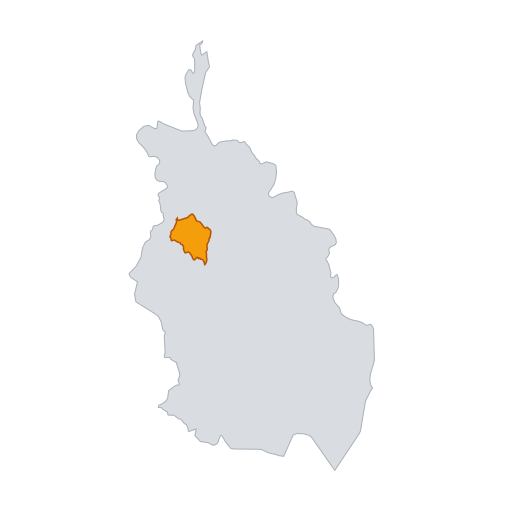 location of Samangan within Afghanistan, rotated 285°
{"feature_id": "AFG-1773", "entity_name": "Samangan", "entity_type": "Province", "adm_level": 1, "iso_a3": "AFG", "parent_name": "Afghanistan", "parent_adm1": "", "projection": "robinson", "projection_center": [67.514, 36.0], "detail": "fine", "context": "in_parent", "style": "filled", "palette": "amber", "viewbox_px": 512, "rotation_deg": 285, "n_neighbors": 0, "source": "natural_earth", "source_scale": "10m", "svg_char_len": 6172}
<svg xmlns="http://www.w3.org/2000/svg" viewBox="0 0 512 512"><g transform="rotate(285 256 256)"><path d="M224.9,145.2L234.4,144.3L240.8,145.5L244.2,148.7L247.5,149.5L250.8,148.0L252.8,147.7L253.6,148.7L255.2,149.1L257.7,149.0L259.1,149.9L259.5,151.8L261.3,154.2L264.6,157.2L267.5,157.9L271.4,155.6L272.7,155.9L273.3,155.1L273.7,153.5L276.1,151.9L280.3,150.4L282.7,149.1L283.6,148.0L285.0,147.7L286.6,148.0L287.7,147.6L288.6,146.1L290.1,145.5L291.4,145.8L297.3,151.2L299.6,152.8L300.6,152.5L303.5,149.6L303.9,146.9L303.1,143.4L303.6,140.6L305.5,138.4L309.1,137.1L314.3,136.6L317.5,136.9L318.7,138.0L320.3,138.6L322.3,138.7L324.1,137.5L325.8,134.8L325.8,131.6L324.3,127.7L324.7,126.4L327.3,124.5L330.0,121.6L332.7,117.8L335.2,113.2L338.4,110.3L342.2,109.2L346.8,110.5L352.3,114.1L354.4,118.5L353.1,123.7L353.0,126.6L354.1,127.2L360.3,126.2L361.1,126.9L361.1,128.4L360.2,130.6L359.2,136.8L357.5,152.2L360.3,161.3L362.1,164.9L364.0,166.1L365.8,166.5L367.6,166.2L371.3,163.9L376.9,159.5L382.4,156.9L390.3,155.4L392.9,150.7L396.5,147.7L404.9,143.1L409.4,141.4L412.0,141.1L418.5,142.8L418.9,144.2L418.5,145.7L416.7,146.9L416.1,147.9L416.8,148.6L419.4,148.8L430.5,145.7L432.9,142.9L435.3,142.8L440.0,144.0L443.6,143.6L445.5,144.8L449.9,148.8L448.5,149.0L446.6,148.3L445.5,146.9L441.0,148.7L436.1,151.2L436.2,151.9L440.7,155.6L431.6,159.6L427.4,161.9L426.5,162.0L420.2,159.9L402.7,160.6L389.5,161.8L384.4,163.9L379.6,164.9L377.1,166.0L375.5,168.1L368.3,172.9L367.0,174.7L362.9,174.5L358.7,179.1L352.6,184.7L351.4,187.3L352.3,188.6L355.7,190.6L357.2,192.5L359.6,197.8L360.6,201.6L362.0,203.3L362.9,207.8L361.4,210.3L361.4,211.6L363.5,215.0L363.0,216.1L361.5,217.7L359.1,222.0L354.8,225.2L353.0,228.1L350.0,231.3L348.8,233.9L347.4,235.4L346.1,236.2L346.4,237.6L347.7,239.4L349.6,241.4L349.6,249.5L348.6,251.7L343.1,253.9L337.8,254.9L331.4,255.0L328.9,254.6L319.9,251.7L317.1,253.1L316.5,256.7L321.7,262.4L323.8,265.7L326.2,271.0L328.0,273.8L327.4,276.4L318.1,282.1L312.3,282.7L308.6,283.7L306.8,285.1L305.5,291.2L304.2,293.4L304.2,296.1L303.0,299.1L301.1,301.0L299.8,304.1L300.9,320.2L295.6,326.7L292.6,329.0L289.8,330.1L287.4,329.7L284.4,326.0L282.3,324.6L280.2,324.9L278.1,326.2L274.7,325.7L271.8,324.4L270.4,324.6L269.6,325.9L266.5,328.6L258.9,332.8L255.8,333.2L254.5,334.2L255.0,335.9L256.4,337.3L258.7,338.3L258.9,339.5L255.0,341.6L251.1,343.0L246.5,343.6L241.8,342.7L239.4,340.9L236.6,340.7L234.0,342.1L231.3,344.3L227.6,350.0L222.1,353.5L220.7,357.0L219.1,363.3L219.5,372.6L218.9,376.8L217.7,379.5L217.9,381.6L219.7,384.1L219.0,385.6L217.4,387.4L216.0,388.4L186.2,397.3L181.3,397.5L178.8,397.2L170.3,397.2L166.8,397.8L163.3,399.0L160.7,400.5L158.7,402.8L155.2,401.5L144.1,399.3L114.0,402.2L111.2,401.7L69.3,387.6L95.7,356.1L96.5,353.4L96.6,348.3L95.1,341.4L92.6,338.2L69.7,334.6L69.0,329.2L69.4,326.8L69.1,322.2L69.2,318.6L70.3,312.8L70.4,310.1L63.7,283.9L63.7,281.3L68.1,275.3L73.7,269.4L73.4,268.3L70.7,267.7L66.6,267.6L64.4,266.7L62.7,265.1L62.1,262.7L63.3,258.5L62.4,250.3L66.8,243.4L73.4,243.0L70.1,238.0L69.4,237.4L69.2,236.6L69.5,235.7L71.2,235.4L75.3,232.2L75.5,230.3L78.9,225.6L78.7,223.5L81.0,217.9L79.9,214.2L79.8,212.1L82.2,210.9L83.9,205.6L84.8,204.3L84.9,203.1L84.4,200.9L86.6,200.6L88.7,203.3L91.9,206.1L93.9,207.0L96.6,207.4L102.5,206.5L103.7,206.6L109.8,211.6L110.9,212.9L111.3,214.8L112.3,215.4L114.4,213.5L116.5,212.8L120.5,213.4L122.6,212.7L132.6,206.5L133.4,202.6L134.4,200.3L135.8,199.0L134.2,194.5L134.8,193.6L136.1,193.2L139.4,193.2L154.6,188.2L158.6,188.2L159.4,187.8L159.7,186.4L160.8,185.0L168.0,181.3L172.1,177.6L173.6,174.8L180.6,152.0L184.2,150.1L187.9,148.6L200.4,148.2L202.7,141.2L203.9,139.5L206.1,137.9L215.2,142.9L224.9,145.2Z" fill="#d9dde1" stroke="#a8b0b8" stroke-width="1"/><path d="M257.4,167.7L257.8,167.8L259.3,168.5L260.1,169.0L260.3,169.2L260.6,169.4L261.3,169.6L262.6,169.7L267.9,170.5L268.7,170.3L270.8,169.5L271.3,169.9L272.2,170.2L271.8,170.4L271.2,170.6L270.9,170.7L270.8,170.9L270.7,171.1L270.5,171.5L270.4,171.8L270.4,172.0L270.5,172.2L270.9,172.6L271.0,172.8L271.2,173.4L271.3,173.6L272.6,175.5L274.5,178.5L275.7,180.1L276.0,180.4L277.2,180.9L279.0,182.3L279.6,182.9L279.8,183.1L280.0,183.4L280.1,183.7L278.9,185.7L278.3,186.3L275.9,188.4L275.0,188.8L274.9,189.0L274.7,189.2L274.6,189.7L274.5,189.9L274.5,190.1L274.5,190.5L274.4,192.0L274.3,192.3L274.2,193.4L274.1,193.6L270.2,198.6L270.0,199.1L269.9,199.5L269.8,199.9L269.9,200.2L270.6,200.6L271.0,201.1L270.9,202.1L270.5,202.7L269.9,203.5L269.8,203.8L269.8,204.0L269.8,204.3L269.7,204.6L268.2,206.0L265.8,206.5L264.8,206.5L262.1,206.9L261.9,206.9L261.6,206.7L261.3,206.3L261.1,206.1L260.9,206.1L260.7,206.1L259.2,206.6L258.9,206.6L258.6,206.6L255.0,205.8L254.3,205.8L252.7,206.1L249.8,207.3L248.7,207.0L248.2,207.0L247.8,206.9L247.7,206.8L247.4,206.8L247.1,206.8L244.6,207.8L242.5,208.3L240.1,209.4L239.3,209.6L236.6,209.5L235.9,209.4L234.4,208.8L234.7,208.5L235.2,208.2L236.0,207.9L236.5,207.5L237.0,207.2L238.3,205.9L238.4,205.7L238.6,205.5L238.6,205.2L238.8,204.6L238.8,204.3L238.7,204.1L238.6,203.3L238.6,203.1L239.1,202.9L239.2,202.6L239.2,202.2L239.3,201.8L239.2,201.7L238.5,201.3L238.5,201.2L238.6,200.8L238.7,200.7L239.2,200.5L239.4,200.4L239.5,200.3L239.5,200.2L239.6,199.9L239.5,199.4L238.9,198.9L236.3,197.7L236.3,197.4L236.3,197.1L236.4,196.8L236.5,196.5L237.0,195.7L237.4,195.3L238.4,194.8L239.0,194.4L240.0,193.2L240.4,192.8L240.7,192.5L240.9,192.4L241.0,192.1L241.1,191.8L241.2,191.6L241.4,191.4L241.8,191.2L242.0,191.0L242.1,190.8L242.2,190.4L242.3,189.8L242.3,189.5L242.3,189.2L241.5,188.3L241.3,188.0L241.2,187.8L241.2,187.7L241.2,187.4L241.1,187.2L240.9,187.0L240.8,186.9L240.7,186.7L241.3,186.0L243.8,184.2L244.3,184.0L245.7,183.8L246.1,183.7L246.3,183.5L246.6,183.3L247.0,182.7L247.6,182.2L247.8,182.0L247.9,181.8L248.0,181.4L248.0,181.1L247.9,180.9L247.8,180.7L248.0,180.3L248.2,180.1L248.7,179.7L248.8,179.5L249.0,179.3L249.2,178.1L249.2,176.7L249.6,175.1L250.2,173.4L250.2,173.0L250.2,172.8L249.4,171.3L249.0,170.7L248.9,170.6L249.0,170.4L249.3,170.0L249.6,169.8L250.1,169.6L251.3,169.2L251.6,169.0L252.0,168.1L252.4,167.9L255.4,168.2L255.8,168.1L256.6,167.8L257.0,167.7L257.4,167.7Z" fill="#f59e0b" stroke="#b45309" stroke-width="1.5"/></g></svg>